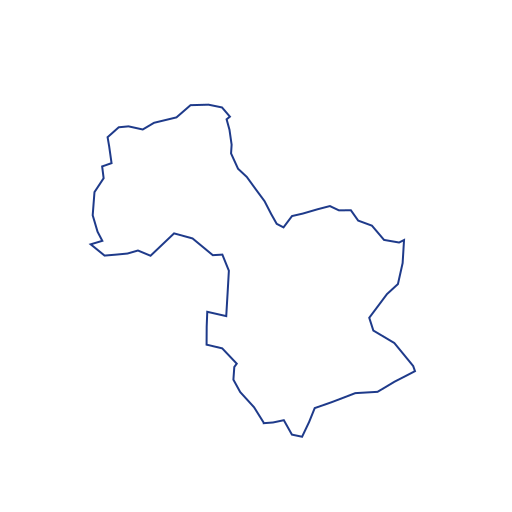 outline of Mamonia, Paphos, Cyprus, rotated 58°
{"feature_id": "46923920B75791166452809", "entity_name": "Mamonia", "entity_type": "district", "adm_level": 2, "iso_a3": "CYP", "parent_name": "Cyprus", "parent_adm1": "Paphos", "projection": "equal_earth", "projection_center": [32.626, 34.767], "detail": "fine", "context": "isolated", "style": "outline", "palette": "blue", "viewbox_px": 512, "rotation_deg": 58, "n_neighbors": 0, "source": "geoboundaries", "source_scale": "gbopen_adm2", "svg_char_len": 1164}
<svg xmlns="http://www.w3.org/2000/svg" viewBox="0 0 512 512"><g transform="rotate(58 256 256)"><path d="M124.0,204.3L112.0,206.1L102.5,216.1L93.4,231.6L96.3,250.0L89.0,271.9L88.7,285.0L78.5,295.4L74.1,304.2L76.6,318.9L85.4,322.5L100.7,329.3L98.5,339.0L109.3,344.0L116.2,359.1L134.9,372.9L151.4,377.5L161.7,378.3L158.5,390.0L175.4,384.2L180.8,373.7L185.8,363.7L188.8,353.2L199.9,345.3L193.4,313.5L207.5,300.5L232.4,292.2L237.0,283.8L254.1,286.8L272.9,300.1L291.2,313.1L277.5,326.9L289.7,335.2L305.0,344.9L316.4,333.6L337.1,329.4L338.6,333.2L348.9,340.7L363.0,341.5L383.3,337.8L401.6,337.8L401.9,338.0L406.2,329.8L410.0,319.4L426.5,320.2L433.7,312.7L424.9,298.9L416.1,286.8L420.0,269.6L424.9,244.5L435.6,224.9L436.0,205.2L437.5,187.3L437.9,182.2L432.6,181.0L403.1,184.8L381.4,196.0L368.4,192.7L357.7,165.1L355.0,150.5L339.7,135.4L320.9,122.0L320.4,127.5L310.2,138.9L291.7,141.6L280.1,150.6L267.5,151.3L261.2,161.5L252.8,166.9L249.0,179.0L244.8,193.9L241.2,204.3L246.3,217.5L239.7,221.4L228.5,220.9L214.1,219.7L198.7,220.9L184.1,221.9L172.5,225.0L155.8,222.8L148.7,217.7L134.9,211.6L124.5,208.5L124.0,204.3Z" fill="none" stroke="#1e3a8a" stroke-width="2"/></g></svg>